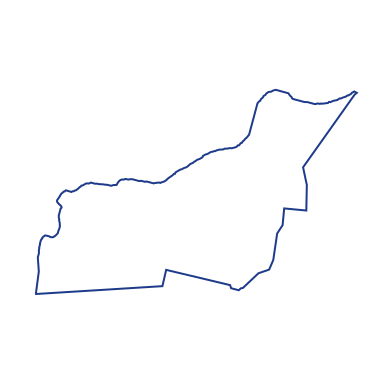 San Pablo, Heredia, Costa Rica (orthographic projection), rotated 195°
{"feature_id": "36466004B49814687345557", "entity_name": "San Pablo", "entity_type": "district", "adm_level": 2, "iso_a3": "CRI", "parent_name": "Costa Rica", "parent_adm1": "Heredia", "projection": "orthographic", "projection_center": [-84.088, 9.992], "detail": "fine", "context": "isolated", "style": "outline", "palette": "blue", "viewbox_px": 384, "rotation_deg": 195, "n_neighbors": 0, "source": "geoboundaries", "source_scale": "gbopen_adm2", "svg_char_len": 2882}
<svg xmlns="http://www.w3.org/2000/svg" viewBox="0 0 384 384"><g transform="rotate(195 192 192)"><path d="M316.9,52.9L196.2,93.4L196.8,110.1L131.1,111.9L129.3,109.2L121.4,109.2L119.9,111.6L118.0,112.5L106.8,130.7L97.4,137.0L95.9,147.3L99.0,174.0L95.9,183.4L98.7,200.0L76.8,203.7L82.9,228.5L91.1,244.6L60.1,328.2L58.5,330.4L61.3,331.1L62.2,330.2L63.2,329.2L63.8,327.9L65.9,325.8L67.1,325.3L67.7,324.3L71.2,321.9L72.3,320.9L73.6,320.6L75.4,318.5L79.3,316.5L81.6,314.6L83.0,314.5L83.7,313.2L89.0,311.0L90.3,310.9L91.2,310.2L92.7,310.2L94.0,309.8L95.2,309.0L96.6,308.7L104.0,308.7L106.7,308.0L118.5,308.0L119.7,308.5L120.4,309.5L122.5,310.6L124.4,312.3L137.5,312.4L139.9,311.0L141.4,309.5L143.9,308.4L145.8,306.3L146.1,305.0L147.8,303.1L148.0,301.7L149.5,299.4L149.7,297.9L150.6,296.9L151.7,294.7L151.7,262.1L153.4,258.4L154.1,257.6L155.3,255.0L156.2,253.9L156.5,252.5L157.6,251.8L158.6,249.3L159.9,248.8L160.4,247.5L161.5,246.5L165.2,244.4L166.6,244.3L169.3,243.0L171.9,242.2L172.6,241.4L173.9,240.8L176.6,240.0L179.1,238.5L180.2,237.5L181.6,237.0L182.3,236.3L183.7,235.8L184.8,234.9L186.3,233.3L187.4,232.4L188.6,231.8L190.8,229.6L190.9,228.2L193.1,226.0L195.4,224.4L196.8,222.6L197.8,221.7L198.6,220.4L200.8,218.7L203.3,215.0L204.4,214.0L205.7,213.3L207.8,211.3L209.0,210.7L213.0,206.7L213.1,205.3L214.3,204.7L214.8,203.5L218.6,199.0L220.1,196.5L222.0,194.6L224.1,193.4L224.8,192.6L226.3,192.6L230.1,191.1L231.3,190.4L238.7,190.4L239.9,189.7L244.3,189.6L245.5,188.9L252.9,188.9L255.5,188.2L256.7,187.5L259.7,187.4L260.8,186.5L263.4,185.7L264.9,184.3L266.1,181.8L266.7,179.3L269.4,178.5L271.7,177.1L276.1,177.0L277.5,176.6L280.5,176.3L283.3,175.6L286.3,175.4L287.7,174.9L292.1,174.9L294.0,173.4L295.4,173.2L296.7,172.7L299.2,170.1L300.4,169.6L301.0,168.4L302.0,167.3L302.6,166.1L304.3,163.8L305.5,163.1L306.5,162.1L307.8,161.6L308.5,160.8L314.1,161.0L314.5,160.8L315.2,159.5L315.8,159.4L316.1,159.1L316.8,157.8L317.7,156.7L317.9,156.2L318.3,155.1L318.3,154.5L318.6,154.0L318.6,153.4L319.1,152.3L319.2,151.7L319.5,151.2L319.8,150.0L320.1,149.5L320.1,148.3L319.6,147.5L318.9,146.8L318.3,146.7L317.6,146.0L317.1,145.7L316.0,145.3L315.5,144.9L314.5,144.3L314.3,143.8L314.0,143.5L314.0,142.9L314.6,141.9L314.6,141.4L314.6,134.7L314.4,134.3L314.2,133.2L313.5,131.7L313.1,131.3L313.1,130.6L312.9,130.1L312.8,129.6L312.2,128.8L311.3,126.7L311.3,126.1L311.0,125.6L310.9,125.1L310.7,124.5L310.7,121.5L311.0,120.3L311.0,117.3L311.6,116.3L311.8,115.8L312.4,114.8L313.1,113.8L313.5,113.6L313.8,113.1L314.2,112.6L315.8,111.9L317.6,111.9L318.1,112.2L321.7,112.2L322.3,112.1L322.8,111.9L323.0,111.4L323.4,111.1L324.1,110.3L324.6,109.4L324.6,108.7L324.9,108.4L324.9,107.8L325.2,107.5L325.2,106.9L325.5,106.4L325.5,102.8L325.3,102.3L325.2,98.6L325.0,98.3L324.9,97.7L324.9,96.5L324.0,93.1L324.0,88.9L319.4,75.6L316.5,53.5L316.8,52.9L316.9,52.9Z" fill="none" stroke="#1e3a8a" stroke-width="2"/></g></svg>